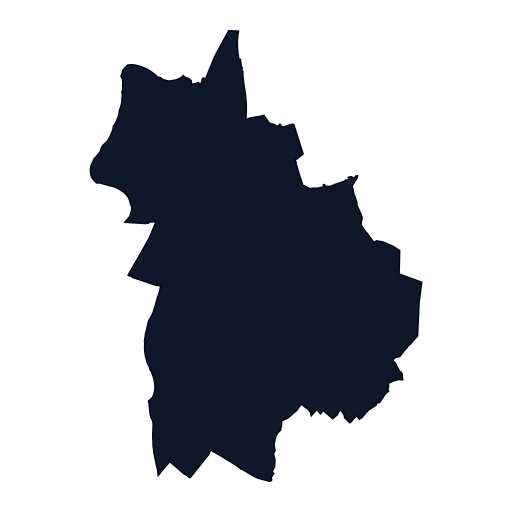 outline of Sittard-Geleen, Limburg, Netherlands
{"feature_id": "6326949B26439699205725", "entity_name": "Sittard-Geleen", "entity_type": "district", "adm_level": 2, "iso_a3": "NLD", "parent_name": "Netherlands", "parent_adm1": "Limburg", "projection": "mercator", "projection_center": [5.837, 51.01], "detail": "fine", "context": "isolated", "style": "filled", "palette": "ink", "viewbox_px": 512, "rotation_deg": 0, "n_neighbors": 0, "source": "geoboundaries", "source_scale": "gbopen_adm2", "svg_char_len": 5988}
<svg xmlns="http://www.w3.org/2000/svg" viewBox="0 0 512 512"><path d="M274.3,467.8L274.6,466.9L274.7,465.7L274.9,459.9L274.8,459.3L273.6,454.6L273.5,454.1L273.6,453.5L273.9,452.8L274.6,451.6L274.8,451.1L275.1,450.7L274.3,446.3L274.0,444.5L274.0,443.8L275.2,439.2L276.2,435.7L276.5,435.1L278.1,432.5L279.7,431.1L280.2,430.5L280.4,430.1L281.5,425.6L281.8,420.2L283.4,420.4L283.9,419.8L285.0,419.2L285.0,419.3L287.6,418.1L290.2,416.0L293.6,413.0L296.4,410.7L297.5,409.5L299.7,406.1L301.9,404.2L304.1,406.5L307.1,408.6L308.4,409.6L309.1,410.4L310.1,411.9L310.6,413.1L311.3,415.8L316.9,409.4L320.4,413.8L323.3,410.6L332.6,418.7L336.4,415.6L337.1,414.9L340.0,409.4L341.2,410.8L343.4,413.8L344.2,415.3L344.4,415.9L344.5,417.3L344.6,417.8L349.8,422.8L351.5,421.4L354.1,418.2L357.3,415.7L358.0,417.4L358.4,418.1L359.5,419.2L361.3,417.5L361.8,417.8L364.7,414.3L367.7,410.2L367.9,410.4L368.1,410.3L368.1,410.6L368.5,410.1L376.0,405.1L376.3,404.7L376.4,404.2L376.4,403.6L376.2,402.7L379.4,402.7L384.5,395.2L385.4,393.4L385.8,393.5L388.7,391.0L387.4,389.6L387.7,389.7L388.8,386.1L388.0,385.8L389.1,382.5L390.4,382.4L392.8,381.2L397.0,379.9L398.8,379.5L402.7,379.8L402.1,374.0L400.7,371.8L399.5,371.1L396.3,365.2L395.3,363.0L392.7,360.3L393.3,359.9L393.3,359.3L395.4,357.5L399.7,356.5L401.5,354.3L404.1,350.8L405.3,349.6L408.2,346.0L408.8,345.2L410.0,344.5L417.6,335.8L419.0,303.9L421.7,282.3L399.1,273.9L399.7,250.7L392.9,246.2L383.1,242.0L376.6,240.8L373.9,242.3L364.0,229.3L361.9,226.4L361.5,225.4L361.2,224.7L361.1,224.1L361.1,223.3L361.3,221.8L361.9,219.8L362.1,218.9L362.1,217.9L361.9,216.7L361.2,214.7L356.9,205.3L356.8,204.2L356.9,202.7L356.7,201.8L354.9,196.6L353.9,194.3L352.2,185.8L352.4,185.3L357.1,178.0L357.4,177.1L357.6,175.7L356.4,176.2L356.2,176.1L356.2,176.3L355.8,176.4L355.9,176.8L352.7,178.0L351.6,176.7L349.3,177.0L348.3,177.4L349.0,179.2L345.8,180.5L345.4,180.1L345.2,180.4L345.5,180.7L343.9,181.4L335.2,184.4L334.4,184.4L334.2,184.9L331.4,185.9L329.5,186.4L328.1,186.5L325.1,186.0L324.9,185.9L324.7,185.0L324.5,184.6L323.9,184.5L323.4,184.6L323.5,186.9L317.6,188.2L312.0,188.2L312.0,188.9L311.8,188.9L311.6,188.7L311.4,188.9L310.4,188.7L308.5,187.8L307.7,187.6L304.9,186.0L303.9,185.7L303.2,185.6L303.0,185.4L302.8,185.4L300.6,178.3L300.1,177.4L299.9,176.8L299.7,175.4L299.4,174.4L298.8,173.0L298.6,172.4L298.4,171.2L296.2,164.3L296.0,163.1L295.8,162.4L296.2,162.3L295.4,160.8L295.0,159.6L296.9,159.0L303.1,154.0L297.0,134.7L293.9,124.9L293.7,124.6L293.1,124.2L292.3,124.2L282.7,127.2L282.0,126.8L279.9,124.2L278.8,125.4L278.3,125.7L277.4,126.8L276.8,126.2L273.9,124.3L273.4,124.2L271.2,123.9L270.4,123.6L269.5,123.1L268.2,121.6L263.9,115.5L263.9,115.3L258.6,116.7L253.8,117.3L249.1,118.3L248.4,118.5L246.1,119.9L245.9,120.4L245.9,118.8L246.1,114.7L246.3,111.0L246.3,105.6L246.1,102.0L245.6,96.0L243.0,77.7L242.9,75.8L242.9,72.6L242.7,71.3L241.7,69.2L241.4,68.3L241.8,68.3L241.8,67.9L242.0,67.9L242.0,68.0L242.3,67.9L242.2,67.4L241.9,67.3L241.4,67.4L241.3,66.3L240.4,59.4L238.9,59.5L238.0,53.4L237.5,48.5L237.4,43.6L237.4,40.4L237.8,35.6L238.5,31.1L228.7,30.7L218.7,49.1L216.2,53.6L215.0,56.0L213.6,59.1L205.6,78.8L203.6,78.0L202.6,78.2L202.3,78.6L202.1,80.9L201.2,83.1L200.2,84.5L199.2,84.0L198.7,82.6L191.9,84.4L191.0,81.5L191.3,80.9L188.7,78.6L187.9,78.4L188.0,78.3L186.1,77.7L186.3,78.1L186.0,78.4L183.2,75.5L181.9,77.0L178.9,78.8L176.0,79.9L169.3,81.1L166.3,80.5L163.2,79.7L160.4,77.7L157.4,76.9L155.0,74.5L149.6,70.6L147.0,69.1L140.8,66.5L137.6,65.6L134.5,65.0L131.3,64.7L127.7,65.2L125.3,67.4L123.0,70.0L122.2,72.9L121.0,76.2L122.5,79.4L122.9,82.7L122.6,85.9L123.0,89.0L121.9,92.0L122.4,95.2L122.0,98.6L121.8,101.8L121.3,105.0L119.3,111.0L119.0,114.4L117.9,117.5L116.7,120.5L115.3,123.5L113.4,126.2L112.9,129.5L111.8,132.4L109.2,138.2L107.4,141.1L102.6,145.6L101.1,148.5L100.2,151.7L96.2,156.6L94.0,158.9L92.8,162.0L91.2,165.1L90.3,169.9L91.0,175.6L92.3,178.3L94.2,180.7L96.7,182.9L100.3,182.9L103.4,184.0L106.3,184.7L109.3,185.6L112.7,186.3L115.5,187.3L118.6,188.9L123.7,192.1L126.2,194.6L128.3,197.3L129.6,200.4L130.4,203.6L131.7,206.9L131.7,209.9L130.8,213.0L129.9,216.3L125.7,221.2L124.9,222.3L145.7,223.5L145.6,223.1L148.5,223.3L148.6,222.9L148.8,222.1L156.0,221.7L151.3,233.2L150.1,236.1L148.7,239.0L128.1,275.2L129.4,275.9L129.7,275.5L131.3,276.5L132.5,276.8L132.2,277.1L132.7,277.5L156.6,285.5L156.7,285.1L158.0,285.5L160.4,285.8L160.5,287.1L159.5,291.6L157.2,298.5L153.5,311.3L153.0,312.8L151.6,315.8L149.1,320.0L148.5,321.5L148.2,322.3L147.7,324.8L147.2,326.7L147.3,326.7L146.4,331.0L146.0,331.5L145.4,334.6L145.1,337.9L144.9,338.0L144.7,339.5L144.5,342.1L144.8,342.3L144.7,344.9L144.8,345.0L144.6,345.8L144.6,347.3L144.7,350.6L145.1,353.9L145.8,357.1L146.5,359.8L146.6,359.5L146.9,360.4L146.8,360.6L147.1,361.6L147.3,362.0L147.2,362.5L148.4,365.3L148.8,365.4L149.4,366.8L149.6,367.3L149.5,367.5L150.1,369.3L150.3,368.9L151.0,370.6L150.9,370.8L151.1,370.9L152.7,375.1L153.3,376.9L154.2,380.6L154.5,381.8L154.8,384.4L155.0,386.9L154.7,391.0L154.4,392.2L153.7,394.7L152.6,397.1L151.5,398.7L151.2,398.5L149.6,400.2L148.5,401.1L149.0,403.1L150.1,413.2L150.3,414.7L150.7,416.7L151.3,418.1L152.2,419.7L152.6,420.8L152.9,422.0L153.1,423.4L153.2,424.8L152.8,433.0L152.8,437.7L152.9,439.3L153.1,445.9L153.7,450.2L153.7,451.1L154.1,453.7L154.3,454.9L156.0,463.2L157.4,468.8L157.7,470.4L158.2,475.4L158.7,474.7L159.4,474.1L161.4,471.3L161.4,471.1L161.5,470.9L161.6,471.1L169.8,461.6L184.6,474.3L185.3,474.2L189.4,477.6L189.8,477.7L190.7,477.0L191.2,476.5L191.3,476.1L191.5,475.9L192.2,475.2L207.9,455.4L207.9,455.5L208.5,454.8L209.1,453.9L209.6,452.4L209.3,452.1L211.4,450.1L213.8,452.0L214.3,452.1L218.9,454.8L222.2,456.6L225.4,458.7L235.0,464.5L237.6,466.3L241.1,469.1L241.6,469.2L241.8,469.1L254.2,476.4L257.4,477.9L260.8,479.0L269.6,481.3L271.4,480.6L271.6,479.2L271.5,478.6L271.1,477.8L272.8,474.8L273.8,473.6L272.9,472.8L272.6,472.2L272.4,471.7L272.4,470.9L272.6,470.3L273.2,469.5L274.1,467.8L274.3,467.8Z" fill="#0f172a" stroke="#020617" stroke-width="1.5"/></svg>